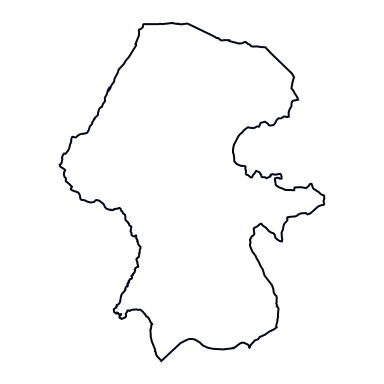 the district of Biharamulo, Geita, United Republic of Tanzania
{"feature_id": "72390352B49618457772181", "entity_name": "Biharamulo", "entity_type": "district", "adm_level": 2, "iso_a3": "TZA", "parent_name": "United Republic of Tanzania", "parent_adm1": "Geita", "projection": "mercator", "projection_center": [31.336, -2.772], "detail": "fine", "context": "isolated", "style": "outline", "palette": "ink", "viewbox_px": 384, "rotation_deg": 0, "n_neighbors": 0, "source": "geoboundaries", "source_scale": "gbopen_adm2", "svg_char_len": 5980}
<svg xmlns="http://www.w3.org/2000/svg" viewBox="0 0 384 384"><path d="M278.1,316.7L277.9,315.1L278.5,308.7L278.0,307.4L276.7,306.2L277.1,305.5L276.3,303.5L276.7,302.5L276.5,301.2L276.8,298.4L276.5,296.2L275.1,294.9L273.7,292.5L273.4,289.3L272.0,285.2L264.6,275.6L262.6,269.2L260.5,265.9L258.9,262.2L256.1,257.4L255.5,255.7L252.5,251.9L250.4,246.9L249.9,244.4L250.6,242.6L249.9,239.9L251.7,236.4L253.5,235.3L254.3,233.8L253.7,228.6L254.0,228.1L257.2,226.4L259.8,224.2L261.3,223.7L263.0,225.8L266.2,227.9L269.0,231.2L271.3,232.6L273.5,233.3L275.0,235.4L275.4,237.8L277.1,239.3L279.5,241.0L281.9,241.4L282.3,239.3L281.8,237.0L281.6,232.6L282.8,229.8L283.7,225.1L284.7,223.3L287.2,220.6L287.5,219.0L287.1,218.3L287.3,217.4L289.3,216.9L295.4,216.4L298.0,215.0L298.4,214.4L301.4,213.3L305.8,213.1L307.7,214.4L310.5,213.3L318.1,206.5L321.8,205.0L323.1,205.1L324.0,204.5L324.2,204.2L323.5,201.1L324.3,198.7L324.2,196.0L324.0,195.5L321.0,194.3L318.1,191.5L317.0,191.2L315.6,190.0L313.7,188.9L313.2,188.4L311.5,183.9L310.3,183.9L309.6,184.4L308.4,186.3L306.0,188.1L301.2,187.2L294.8,187.4L294.5,187.7L294.2,190.2L293.8,190.3L290.9,190.0L285.5,190.0L283.1,188.8L278.5,187.1L277.7,186.3L276.4,185.6L275.7,184.6L274.9,179.0L275.1,178.3L276.3,177.9L278.9,177.9L280.0,178.7L281.5,178.7L281.7,178.4L281.4,175.9L281.0,174.7L280.1,173.8L275.5,174.7L272.6,174.2L271.1,174.4L270.8,174.8L271.2,174.8L270.4,176.5L266.5,178.2L265.0,177.2L263.5,177.3L261.6,176.9L261.1,174.6L260.6,174.4L259.7,172.7L259.1,172.1L256.2,170.9L253.9,174.2L253.3,174.6L252.0,177.3L250.6,177.4L248.4,175.3L246.4,174.6L245.8,173.9L246.0,171.1L245.3,168.6L245.5,166.5L244.1,166.0L240.9,165.8L238.3,164.8L236.7,164.0L234.3,161.3L234.1,157.0L233.7,154.3L233.0,152.5L233.0,149.4L233.9,144.9L238.2,136.6L239.9,134.3L242.1,132.5L244.1,130.0L248.0,127.2L249.3,127.7L253.4,128.1L254.6,127.8L256.8,126.5L259.2,126.6L259.7,125.0L260.7,122.9L264.9,121.7L267.9,123.7L268.9,125.3L270.1,125.5L272.2,125.3L273.8,124.8L275.2,123.0L276.7,120.0L278.4,118.3L280.4,118.4L281.5,118.1L283.9,116.5L285.3,116.5L287.1,117.1L288.8,116.7L288.6,114.3L288.8,111.5L290.1,108.4L291.4,106.4L291.6,103.1L292.0,101.6L292.9,100.8L298.1,99.7L297.3,97.3L294.3,92.7L293.3,90.5L291.4,88.4L292.6,81.9L294.0,77.1L291.9,73.5L271.2,53.5L265.4,47.3L260.8,47.0L256.7,46.4L253.1,46.6L251.2,46.2L249.9,44.7L248.0,44.0L245.6,41.9L244.0,42.3L242.6,43.1L240.6,43.5L239.8,43.3L239.3,43.6L229.1,41.0L229.2,40.2L224.3,40.1L221.9,40.5L220.8,40.2L218.0,38.0L216.6,38.1L214.3,36.5L188.0,23.8L186.8,23.6L181.7,24.3L179.8,24.2L178.1,23.7L178.0,24.0L175.4,23.7L172.3,23.0L162.3,24.1L159.7,23.8L159.0,24.1L144.1,24.1L143.3,24.4L142.8,27.2L140.8,29.0L139.1,29.6L138.8,30.8L139.1,32.1L138.9,35.6L135.6,43.7L136.1,43.7L136.1,45.4L128.8,57.2L125.8,60.5L124.1,63.7L118.6,69.6L117.9,72.5L114.5,78.7L114.1,81.5L111.2,85.7L110.2,88.5L109.7,89.2L109.8,86.9L107.8,90.4L107.0,93.6L106.2,95.6L105.2,97.0L104.8,98.5L105.0,100.4L104.8,101.5L103.0,103.9L101.9,106.8L101.4,106.9L99.4,108.5L97.9,113.3L98.1,114.6L97.2,115.8L95.0,117.7L94.6,118.9L93.9,119.2L93.7,120.1L92.3,122.4L92.0,123.9L89.8,126.5L88.7,130.2L87.2,132.7L85.3,133.4L80.2,134.2L77.8,135.6L76.1,137.3L74.8,137.4L73.0,136.8L72.4,136.8L71.9,137.4L71.3,139.0L71.2,141.2L70.8,142.9L70.0,144.5L69.3,148.2L68.3,150.3L66.1,153.2L65.5,153.8L64.1,153.5L62.9,155.2L62.0,157.4L61.9,158.0L62.3,158.5L62.4,158.3L62.4,158.9L61.6,162.6L61.2,163.7L59.7,164.7L60.4,166.7L63.7,168.8L65.2,170.1L64.9,171.1L64.0,172.1L63.9,174.8L64.5,176.8L65.9,178.2L65.8,181.2L68.5,183.3L72.0,186.8L70.9,188.6L71.1,189.5L72.1,190.3L78.0,192.4L78.8,193.2L79.8,195.2L80.5,199.0L81.5,199.9L84.9,200.3L87.1,201.6L90.3,202.4L91.8,202.4L94.1,201.9L95.6,200.3L96.2,200.1L97.9,200.2L99.7,201.0L103.2,203.7L103.9,204.6L104.9,207.0L106.4,208.6L109.4,209.8L110.2,209.6L111.3,210.1L111.5,209.9L112.9,210.2L114.1,209.5L114.0,209.2L114.4,208.9L116.8,208.9L118.9,208.0L119.6,208.0L120.7,208.9L120.6,209.5L121.4,211.0L122.1,211.2L123.0,213.3L124.8,214.5L125.4,216.2L125.3,219.2L125.6,220.2L128.1,222.4L128.3,223.2L129.0,223.8L129.2,225.0L129.8,225.7L131.3,226.7L130.6,231.4L131.6,233.2L131.4,234.8L132.2,235.7L133.9,236.5L134.6,236.3L135.5,235.5L136.1,235.5L136.2,238.2L137.6,240.4L137.1,241.2L137.6,241.6L138.3,244.3L140.5,247.2L140.5,248.3L139.8,249.6L139.6,253.0L139.1,253.3L139.3,254.7L138.7,257.1L137.5,257.7L137.2,258.6L136.6,258.8L136.4,259.6L137.0,261.5L137.5,262.4L137.4,263.7L137.9,264.7L138.1,266.8L137.4,266.8L135.7,267.9L135.1,269.3L134.7,269.5L135.1,270.9L134.7,271.5L134.5,272.5L132.9,274.0L133.2,274.3L133.1,274.7L131.9,276.0L131.5,276.0L131.5,276.7L132.1,277.5L131.7,278.5L131.3,278.9L130.3,279.1L130.4,279.3L128.8,280.7L129.2,282.0L128.2,283.4L127.8,283.0L127.7,283.2L127.3,284.4L127.9,285.3L127.3,285.8L127.4,286.5L126.2,286.7L125.7,287.4L125.4,289.5L125.1,289.4L124.8,290.9L122.4,293.4L121.3,295.1L119.9,302.4L118.4,304.4L116.7,305.0L116.2,307.1L116.4,307.1L115.9,307.8L113.9,309.0L113.8,310.2L114.2,312.2L116.0,313.3L116.1,312.9L116.6,312.6L117.4,312.6L118.0,313.0L118.4,314.2L121.1,314.2L121.0,314.7L120.1,315.5L119.4,316.6L119.5,317.4L119.7,317.9L120.7,318.1L121.4,318.9L122.0,318.8L125.5,317.2L126.1,316.1L125.7,313.8L126.9,312.1L127.4,310.7L128.1,310.4L129.9,311.0L130.8,310.0L136.3,309.4L138.0,309.9L139.3,309.6L140.3,309.8L142.0,310.9L145.2,314.4L146.2,316.4L147.4,316.8L149.1,318.8L150.7,322.4L151.4,322.9L152.0,324.1L151.5,324.2L151.0,328.8L150.4,329.4L150.8,336.7L151.7,341.1L154.9,349.0L155.2,349.6L154.9,351.2L155.5,351.6L156.3,354.9L156.9,356.0L160.3,359.6L161.3,361.0L180.4,343.2L186.3,340.1L189.3,339.0L192.4,339.0L194.9,339.5L199.7,342.4L202.8,345.4L207.4,347.6L212.7,348.8L223.1,349.4L232.8,348.3L232.5,348.0L235.0,347.3L239.7,343.7L242.1,342.6L244.0,342.8L248.1,344.7L248.9,345.8L249.1,347.4L249.5,347.7L250.6,345.1L255.0,340.3L258.2,339.2L259.7,337.0L265.0,334.7L269.2,331.6L271.6,330.6L272.0,330.1L273.6,329.6L276.7,327.3L276.2,326.2L276.4,324.6L277.3,321.8L277.5,320.7L277.3,320.2L278.1,316.7Z" fill="none" stroke="#020617" stroke-width="2"/></svg>